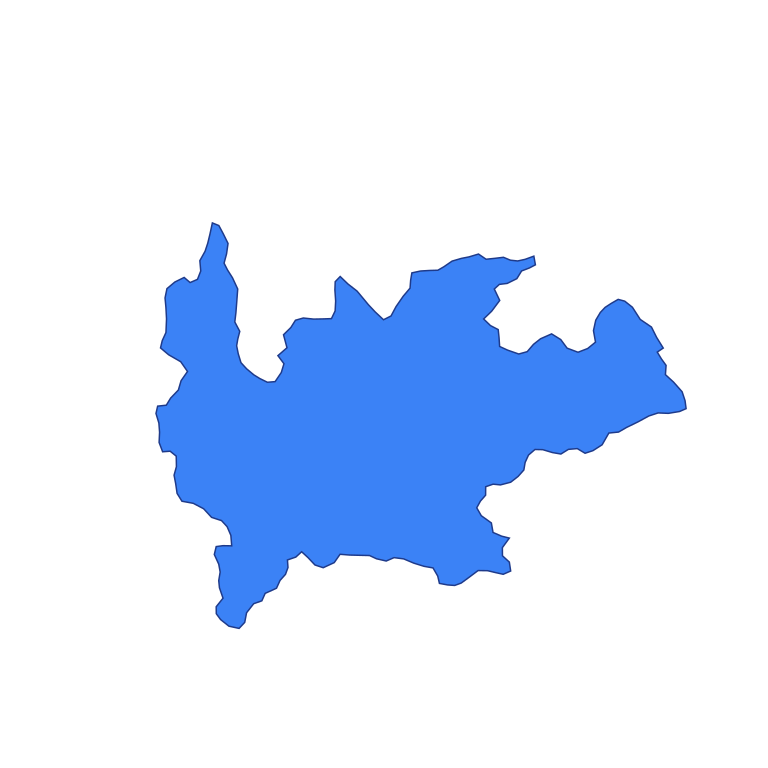 Rio Novo, Minas Gerais, Brazil, rotated 150°
{"feature_id": "56859067B13778291435319", "entity_name": "Rio Novo", "entity_type": "district", "adm_level": 2, "iso_a3": "BRA", "parent_name": "Brazil", "parent_adm1": "Minas Gerais", "projection": "albers", "projection_center": [-43.147, -21.481], "detail": "fine", "context": "isolated", "style": "filled", "palette": "blue", "viewbox_px": 768, "rotation_deg": 150, "n_neighbors": 0, "source": "geoboundaries", "source_scale": "gbopen_adm2", "svg_char_len": 3063}
<svg xmlns="http://www.w3.org/2000/svg" viewBox="0 0 768 768"><g transform="rotate(150 384 384)"><path d="M598.2,257.3L591.6,262.1L579.2,260.9L572.2,265.9L564.5,268.4L558.9,273.1L555.6,279.9L546.9,278.2L539.2,279.9L536.6,271.6L534.3,261.8L528.5,255.3L516.4,254.2L507.2,258.5L499.2,253.0L489.7,247.2L482.3,242.7L477.9,236.4L470.6,229.6L462.1,228.6L454.4,222.7L447.8,214.0L440.5,206.1L433.5,200.2L433.5,190.8L435.7,183.6L429.4,178.2L423.5,174.2L416.7,173.0L407.4,174.0L395.8,175.4L387.6,170.5L381.8,165.0L375.9,159.6L367.8,158.7L364.5,167.1L367.3,176.0L363.3,183.1L352.5,187.9L358.2,193.4L363.8,200.9L360.5,210.0L365.6,221.3L365.6,230.4L359.0,234.4L351.6,236.9L347.3,244.2L339.6,242.7L333.6,238.4L323.4,235.6L314.1,236.9L305.9,239.6L301.0,245.5L294.4,250.2L286.0,251.8L279.4,247.8L272.4,240.4L265.8,234.9L257.0,235.2L248.9,231.4L244.5,223.5L236.4,221.8L225.5,222.3L213.8,229.1L204.9,225.1L195.6,225.1L182.9,224.2L170.7,223.9L161.1,221.9L152.4,216.4L141.8,212.4L134.7,211.6L131.6,219.1L129.7,228.2L132.3,240.9L135.6,251.4L130.4,259.1L131.2,266.9L131.4,275.0L124.2,275.5L124.6,288.1L123.9,299.6L129.8,311.8L130.5,326.3L134.1,335.4L138.9,340.2L146.9,340.2L154.2,339.8L160.9,337.8L168.7,333.4L175.9,325.5L179.9,314.5L189.9,312.9L200.1,314.5L207.5,323.5L208.7,334.1L213.8,343.6L225.8,344.9L234.7,343.6L243.8,340.4L252.3,342.6L260.0,351.5L265.1,358.7L261.1,366.8L257.9,374.0L262.6,381.4L265.2,390.5L254.4,393.2L242.0,398.5L241.0,411.1L234.3,412.6L227.0,409.5L216.3,408.8L208.3,413.1L200.1,411.8L193.3,411.5L190.3,419.8L199.4,421.4L206.7,423.7L212.6,428.0L217.2,434.0L224.7,437.2L233.2,441.0L237.2,449.3L246.9,451.6L254.2,454.1L263.6,456.4L273.5,455.6L280.5,455.6L287.9,459.6L295.9,463.6L304.3,466.3L309.0,460.6L313.5,454.0L323.5,450.4L334.9,445.0L343.9,439.4L352.3,439.9L355.6,450.8L357.9,460.6L359.3,468.9L360.9,478.0L365.2,488.6L368.2,499.0L375.1,497.0L379.5,490.0L384.4,480.0L389.8,471.7L396.8,466.9L403.8,470.6L412.5,475.4L420.9,481.5L428.8,483.5L436.4,479.5L446.4,476.9L449.9,463.9L461.7,461.6L460.5,451.6L467.2,445.3L477.1,440.5L484.1,443.8L488.8,450.8L492.2,457.1L495.4,465.9L497.2,474.0L495.1,483.1L492.5,490.8L488.1,496.1L482.6,501.7L482.2,512.3L476.6,519.8L470.9,528.1L463.2,539.4L462.1,551.7L462.5,560.9L462.1,568.6L455.3,575.4L448.8,583.7L448.1,594.4L447.8,603.8L452.1,609.3L459.9,600.7L466.3,594.0L472.6,588.4L481.8,582.9L486.2,573.5L493.2,567.9L501.2,568.8L503.8,576.2L514.1,576.9L524.3,575.1L530.6,568.0L534.6,559.3L539.8,549.1L547.1,537.6L554.4,532.4L559.5,527.0L555.9,517.0L548.9,504.9L547.9,493.1L558.1,488.3L565.1,481.6L575.8,478.5L583.1,474.5L591.1,478.0L596.2,472.5L598.5,462.7L602.5,454.4L608.0,445.8L609.6,436.0L602.8,432.7L600.0,425.4L605.1,416.2L611.4,410.0L614.3,401.7L617.9,392.7L617.6,383.5L608.9,376.1L602.6,366.2L600.0,354.7L593.0,346.9L591.2,338.9L592.3,329.5L596.8,320.0L604.3,324.5L610.6,327.1L616.2,321.2L617.2,310.6L619.9,303.1L625.4,296.4L628.4,289.8L630.5,279.0L640.7,275.0L644.1,268.9L643.3,261.7L639.4,251.8L631.7,244.8L623.8,247.2L617.4,254.6L606.7,258.9L598.2,257.3Z" fill="#3b82f6" stroke="#1e3a8a" stroke-width="1.5"/></g></svg>